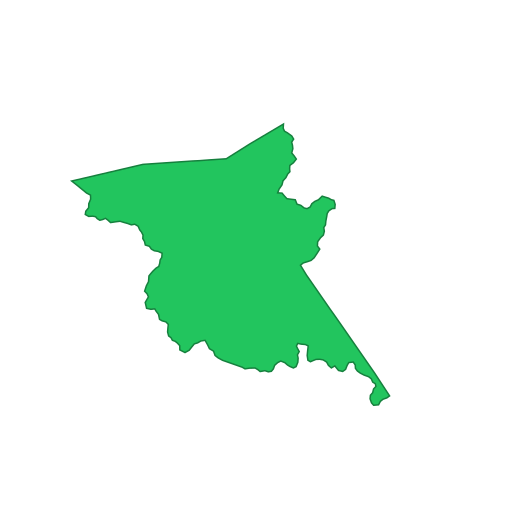 Caatiba, Bahia, Brazil (orthographic projection), rotated 38°
{"feature_id": "56859067B44818441273124", "entity_name": "Caatiba", "entity_type": "district", "adm_level": 2, "iso_a3": "BRA", "parent_name": "Brazil", "parent_adm1": "Bahia", "projection": "orthographic", "projection_center": [-40.334, -14.98], "detail": "fine", "context": "isolated", "style": "filled", "palette": "green", "viewbox_px": 512, "rotation_deg": 38, "n_neighbors": 0, "source": "geoboundaries", "source_scale": "gbopen_adm2", "svg_char_len": 2834}
<svg xmlns="http://www.w3.org/2000/svg" viewBox="0 0 512 512"><g transform="rotate(38 256 256)"><path d="M64.6,310.4L69.7,310.4L83.7,310.7L88.1,309.9L90.7,313.0L92.0,317.7L94.4,321.0L94.3,325.5L95.9,328.4L99.8,327.8L102.7,325.2L105.4,323.8L107.9,324.3L110.9,324.0L112.7,321.7L114.2,319.0L117.1,318.9L120.8,319.2L124.5,315.3L127.5,312.3L131.2,310.9L134.8,309.4L138.6,308.2L140.9,305.6L144.8,305.1L148.3,307.0L150.9,307.6L154.1,309.1L156.1,312.0L159.2,313.2L162.0,315.5L166.0,314.0L169.3,315.0L172.6,314.5L176.1,312.6L180.3,311.6L182.6,315.1L182.9,318.1L184.6,321.0L185.8,324.1L184.7,327.1L184.1,331.2L183.9,334.8L183.9,337.6L187.1,342.4L188.0,347.1L189.9,352.3L193.4,352.8L196.4,354.4L197.3,360.8L202.0,364.6L206.0,362.7L208.8,360.0L211.3,361.0L215.1,362.0L219.0,365.3L221.9,364.9L225.5,363.4L229.0,363.9L231.0,367.1L233.1,370.3L236.4,372.8L239.3,372.7L242.0,373.9L244.7,373.0L247.4,373.0L251.1,373.6L253.8,376.9L259.5,375.8L261.4,371.4L261.4,367.1L261.5,363.2L263.5,360.4L264.9,356.9L267.8,353.8L272.6,355.8L276.4,357.7L281.1,357.1L285.0,359.6L288.9,359.6L293.8,358.8L313.7,352.1L316.8,351.7L320.0,348.3L324.3,344.8L327.6,344.4L330.4,344.5L333.6,340.9L337.0,339.7L339.1,337.4L339.2,334.3L338.0,330.7L338.7,326.7L340.2,323.5L344.4,322.3L347.9,322.5L350.7,322.2L354.4,321.2L355.7,318.5L354.4,314.0L352.1,310.6L349.5,308.4L348.9,304.7L346.3,303.6L343.3,302.1L342.7,299.2L345.9,297.6L349.5,295.3L352.5,294.7L355.1,299.0L357.6,302.9L361.1,306.2L364.0,305.8L365.5,303.0L366.9,300.6L369.7,298.2L372.9,296.5L377.0,296.1L380.4,297.6L384.3,297.8L385.8,294.1L391.5,295.4L395.4,293.6L396.4,290.2L395.2,286.2L394.7,282.9L397.9,279.7L401.3,280.8L403.5,283.3L406.7,284.2L410.2,284.1L414.5,283.3L419.0,281.8L422.4,281.8L425.6,283.5L428.7,283.2L430.8,285.0L430.5,288.4L432.1,291.9L431.9,295.3L433.8,298.3L437.4,300.6L440.6,301.2L444.2,297.8L443.5,294.0L444.3,290.6L446.5,287.2L447.4,284.0L421.5,275.2L366.4,258.1L354.0,254.3L346.9,252.2L310.6,240.9L307.6,240.0L296.7,235.9L297.5,232.4L300.3,228.4L302.1,225.6L302.9,221.7L302.5,216.4L302.0,211.3L298.2,210.3L295.8,206.8L295.6,201.9L296.2,198.0L294.6,194.4L291.9,191.9L291.6,188.7L289.5,185.4L287.5,181.5L285.9,178.6L285.6,175.5L286.8,171.8L288.8,170.0L286.6,166.6L283.1,164.2L280.6,165.3L277.6,165.7L274.3,167.0L271.3,168.1L270.6,173.2L268.7,176.8L267.8,180.4L268.5,184.0L267.1,187.2L264.5,188.5L260.1,188.5L256.4,189.9L252.3,187.5L249.0,189.5L245.1,191.8L241.4,191.2L237.8,190.4L234.2,192.9L233.0,189.1L232.7,184.0L231.0,180.1L231.3,175.8L230.5,171.9L230.8,168.7L228.8,166.6L226.9,163.8L228.1,159.5L228.1,154.8L224.3,153.6L220.7,152.8L219.0,148.8L216.6,146.3L214.0,144.3L213.7,140.7L210.3,139.4L204.9,139.6L201.6,140.1L198.8,138.6L196.4,135.1L182.1,171.6L172.7,197.7L159.3,209.7L152.5,215.9L147.5,220.2L110.5,253.4L67.5,306.8L64.6,310.4Z" fill="#22c55e" stroke="#15803d" stroke-width="1.5"/></g></svg>